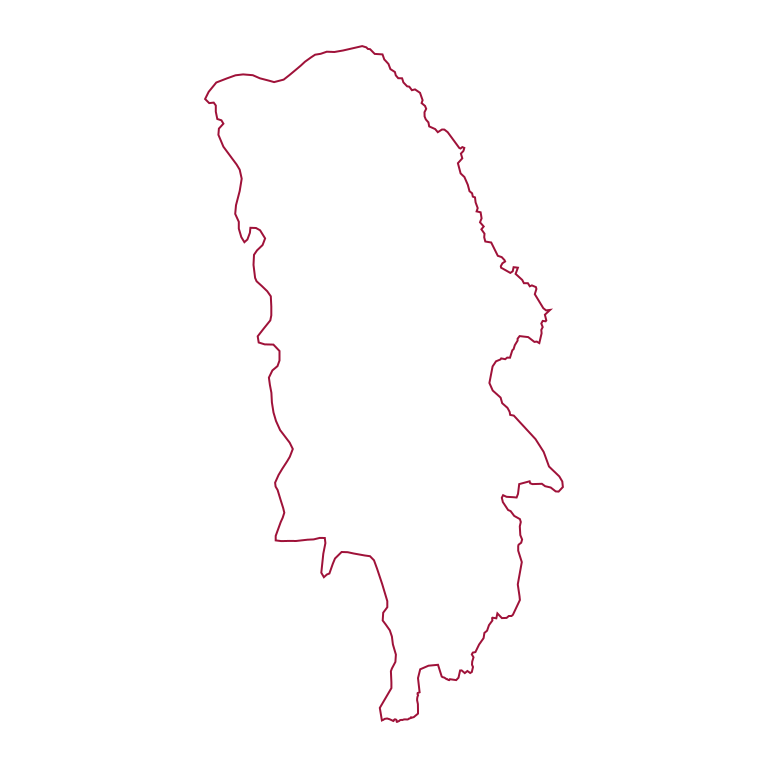 Seke-Banza, Bas-Congo, Democratic Republic of the Congo
{"feature_id": "63176286B69853523616594", "entity_name": "Seke-Banza", "entity_type": "district", "adm_level": 2, "iso_a3": "COD", "parent_name": "Democratic Republic of the Congo", "parent_adm1": "Bas-Congo", "projection": "robinson", "projection_center": [13.441, -5.391], "detail": "fine", "context": "isolated", "style": "outline", "palette": "rose", "viewbox_px": 768, "rotation_deg": 0, "n_neighbors": 0, "source": "geoboundaries", "source_scale": "gbopen_adm2", "svg_char_len": 4895}
<svg xmlns="http://www.w3.org/2000/svg" viewBox="0 0 768 768"><path d="M275.7,540.4L281.3,541.1L289.9,540.9L296.0,541.0L307.6,539.7L313.7,539.4L319.8,537.9L324.8,538.0L325.4,543.1L323.3,553.7L321.3,572.7L323.9,577.2L326.9,574.5L329.4,573.5L332.8,563.8L335.0,558.5L341.6,552.0L347.7,552.2L353.7,553.5L364.9,555.5L370.0,556.2L374.0,560.3L377.1,568.8L382.2,584.1L387.3,601.1L387.3,607.2L383.2,612.7L382.7,620.5L385.8,624.6L389.8,630.3L391.9,636.5L392.9,644.4L395.9,654.6L395.4,661.9L391.9,668.5L390.9,671.2L391.4,682.5L391.4,688.1L379.8,707.9L381.9,720.4L382.7,720.0L383.2,719.9L384.6,718.9L387.1,718.5L389.5,719.2L391.7,720.2L392.9,720.8L393.3,721.0L393.9,720.5L394.1,719.8L394.9,719.3L395.8,719.5L396.3,719.9L396.6,720.3L396.6,721.0L396.7,721.7L396.9,721.9L397.6,721.7L398.3,721.3L399.1,721.0L400.1,720.1L401.2,719.9L402.4,720.0L403.4,719.6L404.3,719.4L406.0,719.4L407.3,719.5L408.3,719.2L408.8,718.9L409.0,718.6L410.5,718.1L410.9,718.0L410.9,717.6L411.1,717.3L411.8,717.7L413.8,717.1L418.0,713.6L418.0,710.3L417.9,704.1L417.1,700.2L417.2,698.2L417.5,696.7L418.1,695.2L417.5,694.0L417.7,693.0L419.6,692.3L418.0,678.1L420.2,669.3L428.5,665.7L438.0,664.8L441.7,676.5L442.5,677.1L444.3,677.6L445.2,678.2L446.0,678.7L446.4,679.1L447.2,679.1L448.4,680.0L449.3,680.1L449.9,679.2L456.2,680.1L458.5,677.7L460.1,670.5L461.6,670.4L464.8,673.1L467.4,671.0L470.2,673.0L471.8,672.0L473.0,667.0L472.0,664.7L472.2,661.6L473.5,657.3L471.8,654.4L472.8,652.6L475.4,652.1L479.1,644.5L483.6,638.1L484.4,632.9L486.6,631.1L487.1,630.6L489.0,625.1L492.4,620.5L492.1,618.1L492.5,617.7L496.3,618.3L497.4,613.4L501.9,618.1L506.6,617.9L508.8,616.0L511.5,616.0L512.9,614.8L519.9,600.0L519.5,596.1L517.8,584.6L517.9,583.7L521.8,562.1L518.2,550.7L518.2,546.1L518.6,544.7L521.2,542.7L522.1,539.5L520.3,535.1L519.8,526.3L520.8,522.0L519.9,519.1L514.2,515.9L510.6,511.1L508.1,510.0L502.8,502.0L502.5,500.5L501.8,497.8L503.1,495.2L506.5,496.8L513.2,497.2L516.6,497.5L518.0,493.9L519.2,484.1L529.6,481.3L530.2,483.3L531.4,483.7L532.3,484.1L541.9,483.8L545.1,486.2L550.7,487.5L555.7,491.4L558.6,491.6L562.9,487.0L562.8,486.4L562.3,481.5L559.3,476.4L552.3,469.7L549.0,466.5L544.6,454.4L543.6,451.8L535.5,439.1L520.8,423.2L513.8,415.6L510.2,414.9L509.6,411.8L507.5,407.9L502.2,403.2L500.6,397.6L492.7,390.5L489.4,383.0L492.6,366.4L494.5,363.6L496.0,361.3L500.4,359.5L501.2,358.4L503.8,358.9L505.2,359.2L507.2,357.6L510.0,357.7L512.3,350.3L513.6,349.1L514.8,345.2L517.6,340.6L517.6,338.7L519.6,336.1L528.2,337.1L534.4,341.9L536.8,341.6L538.9,342.9L539.3,343.1L541.6,333.3L541.3,329.9L542.7,327.1L541.3,323.5L542.7,320.9L545.6,321.3L546.3,320.4L544.9,314.7L550.1,309.9L546.1,310.4L543.3,308.2L534.8,294.2L536.4,289.0L536.1,287.8L535.9,287.1L531.9,285.4L529.8,286.3L527.9,283.2L523.9,283.2L522.2,279.9L515.6,273.9L517.9,267.7L515.6,267.4L513.6,267.2L512.7,271.3L510.3,272.9L501.1,267.7L500.8,266.2L502.4,263.3L505.1,261.5L504.5,260.1L501.7,257.1L497.8,255.8L491.2,242.5L485.3,241.5L484.2,237.3L484.5,233.7L481.4,229.3L483.7,226.5L480.0,222.3L480.9,220.0L481.6,218.4L480.6,212.3L476.6,211.4L477.7,208.1L475.6,202.4L475.0,197.4L472.8,196.6L472.1,193.3L469.5,191.2L467.8,184.8L464.4,177.0L462.9,175.6L460.6,173.4L457.9,163.2L462.3,158.3L460.9,153.6L463.3,151.1L463.8,149.8L464.3,147.9L462.3,147.1L460.5,148.5L459.3,148.0L447.7,132.2L444.4,129.6L442.6,129.5L442.0,129.5L437.8,132.2L435.2,129.1L429.2,126.4L428.4,122.3L427.9,121.8L425.8,119.4L424.6,116.5L424.5,112.2L426.2,108.8L425.4,106.9L425.1,106.0L421.6,103.1L422.6,100.2L420.0,92.8L415.0,89.4L411.9,90.2L409.3,86.7L407.1,86.3L403.4,82.4L402.1,78.3L398.2,78.2L397.8,77.7L395.8,75.4L394.9,72.0L390.4,69.1L388.5,64.0L385.4,60.6L384.3,59.5L382.5,54.4L374.7,53.9L370.1,49.2L367.8,48.9L366.4,47.4L362.2,46.1L355.7,47.6L343.0,50.5L334.4,52.0L326.8,51.7L320.7,53.8L315.1,54.7L311.0,57.4L309.2,58.7L305.0,61.7L300.9,65.5L295.8,69.8L289.3,75.2L283.7,79.6L274.1,82.1L269.5,80.8L259.9,78.3L252.8,75.2L243.1,74.4L235.5,75.3L226.9,78.4L216.3,82.5L208.7,91.8L205.1,99.0L209.2,103.1L213.7,102.6L215.8,105.5L215.8,111.7L217.3,119.0L221.4,120.3L223.4,123.7L218.9,128.6L218.4,134.8L223.4,146.7L231.6,157.8L236.6,164.5L239.7,169.7L241.7,178.7L239.7,191.0L236.0,205.2L235.2,213.9L238.8,221.8L238.8,228.6L241.3,237.1L244.4,242.2L247.4,239.5L249.9,232.8L250.4,227.8L256.0,228.0L260.1,230.3L265.1,238.4L262.6,245.0L257.0,250.4L254.0,254.8L253.5,264.9L255.1,277.9L256.6,281.3L261.7,285.9L267.2,291.2L270.8,296.3L271.3,306.4L271.3,315.4L270.3,320.4L263.7,328.6L257.7,336.3L258.7,342.5L264.8,344.4L265.9,344.4L273.4,344.6L279.5,351.0L279.5,360.5L277.5,366.1L272.4,370.4L268.9,377.6L269.9,384.9L271.4,392.8L271.9,402.4L273.5,412.5L276.0,421.0L280.1,430.1L286.2,438.1L289.7,442.7L292.8,449.0L289.8,456.8L287.2,461.2L282.2,468.9L278.6,474.9L275.1,482.7L275.6,486.6L277.6,490.0L280.7,500.2L283.2,508.1L284.3,512.7L282.7,517.7L280.7,522.1L275.7,535.9L275.7,540.4Z" fill="none" stroke="#9f1239" stroke-width="2"/></svg>